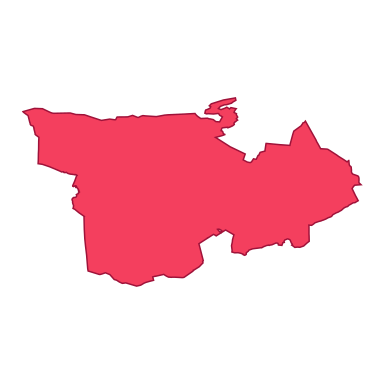 Smiltenes pag., Smiltenes, Latvia
{"feature_id": "27541924B96099783973372", "entity_name": "Smiltenes pag.", "entity_type": "district", "adm_level": 2, "iso_a3": "LVA", "parent_name": "Latvia", "parent_adm1": "Smiltenes", "projection": "robinson", "projection_center": [25.881, 57.456], "detail": "fine", "context": "isolated", "style": "filled", "palette": "rose", "viewbox_px": 384, "rotation_deg": 0, "n_neighbors": 0, "source": "geoboundaries", "source_scale": "gbopen_adm2", "svg_char_len": 5844}
<svg xmlns="http://www.w3.org/2000/svg" viewBox="0 0 384 384"><path d="M305.4,121.1L304.4,122.4L302.8,123.0L302.6,123.4L302.4,124.1L302.0,124.5L301.4,125.3L301.4,125.6L293.8,131.1L292.8,134.3L290.3,143.6L289.9,145.4L280.0,144.7L266.1,143.4L266.0,143.6L264.9,151.1L260.3,152.3L260.1,152.4L258.7,155.3L258.0,155.5L256.3,159.2L255.9,159.3L253.5,158.8L251.5,161.9L250.2,162.6L247.4,162.1L243.2,159.9L245.2,154.0L229.6,146.5L229.6,146.4L215.5,137.4L221.9,135.7L225.4,134.4L224.7,134.4L223.6,133.8L223.2,133.2L222.7,131.6L222.3,131.1L221.1,130.7L221.6,128.9L221.9,128.3L222.3,127.9L222.7,127.8L226.1,127.4L227.7,127.3L227.9,127.8L230.9,126.7L231.5,126.2L232.4,126.0L234.3,124.5L233.9,123.2L235.2,121.9L235.2,121.7L235.8,121.5L236.8,120.6L237.6,120.1L236.3,118.8L237.7,117.1L236.3,114.7L236.5,113.7L234.1,112.5L234.5,111.1L235.7,109.3L236.2,108.7L230.9,107.6L229.5,108.9L226.8,107.2L225.1,108.1L221.0,109.6L218.4,108.6L219.8,107.0L220.6,106.3L224.5,104.8L226.5,104.7L231.5,103.2L233.1,101.9L235.9,100.3L235.4,97.9L223.4,100.0L211.3,103.8L209.3,105.8L210.7,106.7L210.0,108.2L207.2,109.5L205.7,110.0L205.3,111.0L204.9,113.1L205.3,113.1L205.4,113.4L205.9,113.7L206.8,113.9L207.9,113.7L208.4,113.7L213.5,114.0L217.8,113.5L218.2,113.5L218.7,113.7L219.6,115.2L220.7,115.9L221.5,116.2L221.9,116.6L222.4,116.9L219.6,121.9L215.8,121.6L213.3,119.6L210.1,118.9L208.9,118.8L207.6,118.2L200.8,118.5L198.1,116.7L196.9,115.7L195.5,114.2L195.0,113.5L183.9,114.1L168.2,114.8L164.7,115.1L156.4,116.6L145.4,115.9L142.9,115.6L141.0,116.2L138.5,117.4L138.0,117.4L137.6,117.4L132.6,115.4L128.0,116.8L127.2,116.9L117.3,117.0L117.0,117.1L115.7,119.6L115.0,119.8L109.7,119.1L101.4,120.4L90.4,116.8L84.5,114.8L75.9,114.5L70.2,113.0L59.3,113.2L53.9,113.3L52.7,113.2L51.0,112.7L49.2,111.9L42.5,108.7L34.4,108.4L23.0,111.6L23.4,112.2L24.2,112.8L24.7,113.1L25.1,113.5L26.6,114.6L27.8,115.3L28.2,116.0L29.7,122.1L30.1,123.2L30.3,124.4L30.7,125.0L31.3,125.4L32.6,125.8L33.2,126.1L33.4,126.5L33.7,127.4L33.9,127.7L33.8,128.0L34.1,128.7L34.0,129.0L35.2,133.9L35.1,134.2L35.3,134.5L35.8,135.0L38.9,137.3L38.7,141.2L38.6,149.7L38.4,153.6L38.3,159.9L38.1,163.7L42.3,164.3L49.7,166.8L59.9,171.1L61.5,171.9L61.9,172.0L62.9,171.7L63.4,171.7L63.8,172.0L63.8,172.3L63.9,172.5L64.2,172.6L65.4,172.6L66.3,172.3L67.2,173.0L67.9,173.4L69.4,173.9L69.7,173.9L70.1,174.1L70.6,174.1L70.9,174.2L71.2,174.2L72.1,174.3L72.5,174.3L73.0,174.5L74.9,174.6L75.0,174.8L75.6,174.6L76.1,174.8L76.3,175.2L76.7,175.1L77.1,175.4L77.0,175.5L76.8,175.5L76.6,175.6L76.6,175.8L74.7,181.1L72.7,185.7L72.7,186.0L72.8,186.3L73.7,186.6L75.1,185.8L75.6,185.8L76.0,185.9L76.3,186.1L76.5,186.4L76.4,186.8L76.1,186.9L76.0,186.6L75.7,186.6L75.8,187.3L76.3,187.1L76.6,187.2L76.6,187.5L77.4,188.1L77.8,188.5L77.9,188.9L78.2,189.2L78.3,190.0L78.6,190.0L78.8,190.4L78.9,190.6L78.6,191.1L78.6,191.4L78.8,191.6L79.1,191.7L79.4,192.0L78.5,192.8L78.3,193.0L78.4,193.6L77.1,194.1L76.3,194.7L76.7,195.4L76.6,196.2L76.2,196.8L75.8,197.2L75.3,197.4L73.8,197.4L73.6,197.6L73.5,197.8L73.0,197.9L72.3,198.7L72.0,199.8L72.6,201.1L72.6,202.8L73.1,204.4L73.6,205.6L73.3,207.6L73.0,208.4L74.9,209.4L78.9,212.7L84.1,216.3L83.9,216.4L84.0,216.8L84.3,229.5L84.8,238.8L85.5,245.8L86.6,255.0L87.7,268.6L88.1,271.0L95.6,273.3L99.1,274.4L100.0,274.5L102.2,273.9L105.4,272.8L109.9,274.6L114.2,279.5L116.6,280.2L119.2,281.9L122.2,283.3L122.8,283.3L125.8,282.9L136.6,286.1L140.2,285.3L141.2,284.9L144.0,283.2L145.9,282.4L149.4,281.4L153.6,280.3L152.7,276.9L155.2,276.2L155.4,276.3L158.5,275.6L163.8,274.4L165.4,275.5L166.8,276.3L168.5,277.1L171.6,277.3L172.1,277.2L175.0,277.2L182.0,277.6L182.8,277.6L184.1,277.3L192.6,271.4L193.5,270.5L193.4,270.2L194.2,269.9L199.3,266.7L201.5,264.4L203.0,262.9L202.6,261.7L202.7,261.3L203.3,260.8L198.9,243.7L207.6,238.1L207.4,238.0L207.5,237.9L207.8,238.0L213.4,234.4L214.5,234.8L216.2,235.9L217.4,235.1L220.3,233.3L220.8,233.1L217.5,229.3L218.2,229.1L218.5,229.2L219.6,229.3L220.9,230.0L221.1,230.2L221.2,230.4L221.1,231.0L221.8,230.9L221.8,231.0L221.3,231.6L221.4,232.0L221.9,232.3L225.6,230.0L233.9,234.8L232.5,239.8L232.3,242.1L231.5,245.7L232.1,250.3L231.9,252.0L234.6,252.8L238.1,252.7L240.5,253.2L242.6,254.0L243.0,254.5L243.4,254.4L243.8,255.0L244.8,255.3L246.1,254.5L246.3,254.0L246.2,253.0L247.2,252.0L248.3,251.2L249.0,250.1L252.7,248.8L261.2,247.7L261.3,247.8L262.0,247.6L262.9,247.2L263.0,247.1L263.1,246.9L263.3,246.7L264.8,246.3L265.1,246.1L265.8,245.8L267.0,245.4L268.0,245.3L268.4,245.1L268.9,245.2L269.1,245.4L269.3,245.4L269.5,245.2L271.9,244.8L276.0,243.0L277.5,243.2L278.0,243.4L278.4,245.0L281.9,245.4L282.9,242.7L284.3,242.4L284.0,241.3L285.0,239.8L285.8,239.6L287.4,238.9L288.8,239.2L289.7,239.7L290.0,239.9L290.3,240.4L291.3,242.9L292.4,244.3L291.7,245.1L292.5,245.6L294.8,247.4L297.5,247.1L299.9,247.3L303.7,246.0L307.0,243.0L309.2,241.3L309.1,236.3L309.0,234.0L309.0,227.9L308.9,225.1L311.3,225.3L311.7,225.3L313.6,224.0L314.7,223.0L315.3,222.7L316.7,222.2L318.7,221.5L321.1,220.9L321.9,220.5L323.2,220.1L325.9,219.0L328.0,217.8L330.9,216.8L331.2,216.6L331.7,216.2L332.1,215.8L332.6,215.0L333.1,214.5L334.5,213.8L336.1,212.9L338.7,211.9L339.1,211.5L340.3,210.9L341.5,210.2L343.7,208.2L345.2,207.3L345.8,207.0L347.4,206.6L348.0,206.2L349.2,205.0L350.3,204.5L352.8,203.0L353.4,202.8L354.6,202.7L355.1,202.6L356.8,201.5L358.2,200.7L356.3,197.1L355.5,195.7L354.6,193.8L352.1,188.6L353.4,186.6L354.7,185.2L361.0,184.7L359.0,182.8L358.9,182.2L358.9,181.5L359.0,180.2L359.0,178.5L358.8,177.3L358.5,176.6L358.1,176.1L357.3,175.7L353.0,174.2L352.3,173.6L351.8,172.9L351.5,172.0L351.4,171.2L351.5,170.2L351.3,168.5L351.2,167.2L350.9,166.6L349.6,165.6L349.2,164.4L348.8,160.5L348.7,160.5L347.1,161.9L343.7,159.6L338.6,156.4L336.7,155.0L328.0,149.4L327.0,149.1L320.6,148.7L319.6,146.8L317.9,143.7L316.7,141.7L316.1,140.2L315.1,138.4L305.4,121.1Z" fill="#f43f5e" stroke="#9f1239" stroke-width="1.5"/></svg>